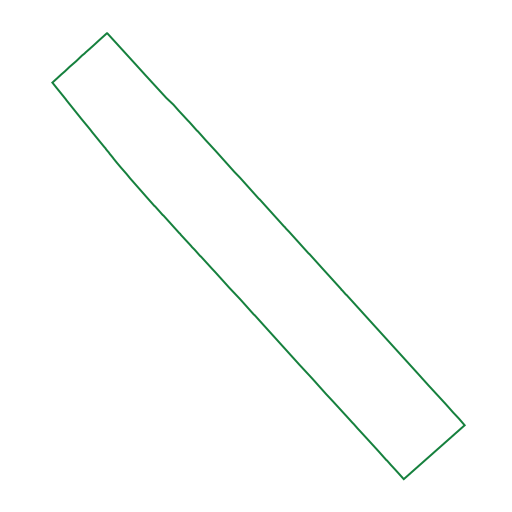 Melchor de Mencos, Petén, Guatemala (Natural Earth projection), rotated 138°
{"feature_id": "79465075B26662084929959", "entity_name": "Melchor de Mencos", "entity_type": "district", "adm_level": 2, "iso_a3": "GTM", "parent_name": "Guatemala", "parent_adm1": "Petén", "projection": "natural_earth1", "projection_center": [-89.228, 17.318], "detail": "fine", "context": "isolated", "style": "outline", "palette": "green", "viewbox_px": 512, "rotation_deg": 138, "n_neighbors": 0, "source": "geoboundaries", "source_scale": "gbopen_adm2", "svg_char_len": 1490}
<svg xmlns="http://www.w3.org/2000/svg" viewBox="0 0 512 512"><g transform="rotate(138 256 256)"><path d="M291.3,521.1L291.7,514.4L292.5,499.3L292.6,499.1L292.7,497.5L294.0,475.0L294.6,460.9L294.9,457.4L295.5,445.1L295.8,438.7L295.8,436.5L296.0,435.9L296.1,433.3L296.1,431.7L296.4,429.3L296.4,428.0L296.6,424.4L296.7,423.8L297.0,418.4L297.2,412.1L297.3,403.6L297.6,398.0L297.9,373.3L298.0,361.0L297.8,360.6L297.9,348.7L297.7,348.2L297.7,324.1L297.5,323.3L297.7,322.2L297.5,306.8L297.6,305.6L297.4,301.9L297.4,300.5L297.4,299.7L297.5,293.5L297.3,292.5L297.2,276.0L297.1,271.3L297.1,250.3L296.7,234.5L296.8,213.8L296.6,213.1L296.6,201.4L296.6,200.4L296.6,198.8L296.5,145.9L296.2,127.1L296.3,106.4L296.1,96.6L295.9,71.7L295.9,67.7L295.8,65.6L295.9,60.0L295.8,52.7L295.6,28.7L295.7,17.0L295.5,16.5L295.6,10.7L295.5,4.2L295.5,-8.7L214.2,-9.4L214.0,-0.6L214.2,7.7L214.1,19.3L214.4,44.2L214.4,61.9L214.7,132.9L214.8,166.6L215.0,167.2L214.9,173.0L215.1,173.5L214.9,174.4L215.0,203.8L215.0,222.0L215.2,222.4L215.2,251.7L215.4,256.9L215.2,257.6L215.4,259.4L215.4,282.2L215.4,289.7L215.4,295.7L215.6,296.6L215.5,324.8L215.8,333.0L215.7,360.7L215.9,376.0L215.8,387.7L216.0,388.7L215.9,400.3L216.0,402.1L216.2,415.9L216.2,416.3L216.1,423.8L216.9,433.5L217.2,465.0L217.2,466.2L217.2,470.4L217.3,490.7L217.5,521.0L217.8,521.3L228.3,521.3L237.1,521.2L246.3,521.3L248.0,521.2L251.2,521.4L259.4,521.1L268.0,521.3L274.3,521.1L279.0,521.2L291.3,521.1Z" fill="none" stroke="#15803d" stroke-width="2"/></g></svg>